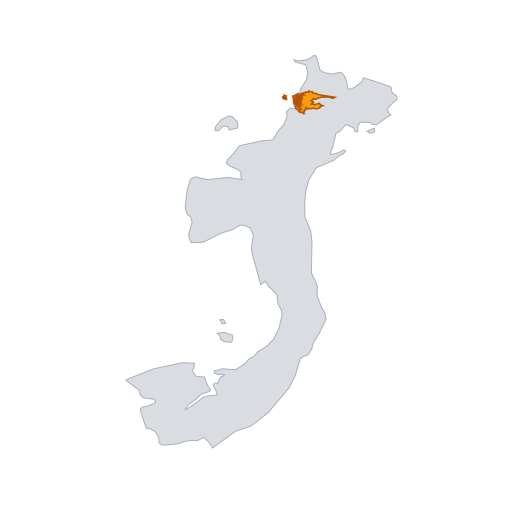 location of David, Chiriquí, Panama, rotated 108°
{"feature_id": "35544464B4717226524239", "entity_name": "David", "entity_type": "district", "adm_level": 2, "iso_a3": "PAN", "parent_name": "Panama", "parent_adm1": "Chiriquí", "projection": "mercator", "projection_center": [-82.37, 8.424], "detail": "fine", "context": "in_parent", "style": "filled", "palette": "amber", "viewbox_px": 512, "rotation_deg": 108, "n_neighbors": 0, "source": "geoboundaries", "source_scale": "gbopen_adm2", "svg_char_len": 8510}
<svg xmlns="http://www.w3.org/2000/svg" viewBox="0 0 512 512"><g transform="rotate(108 256 256)"><path d="M452.1,238.1L450.8,239.1L446.8,244.8L444.7,249.7L449.8,254.8L451.3,260.3L454.2,266.2L458.7,272.2L463.7,283.3L464.9,287.7L463.5,290.6L458.7,292.4L454.2,297.6L452.9,303.9L453.8,307.0L440.4,317.1L436.9,318.8L434.6,317.2L431.8,312.2L428.3,308.1L426.5,306.6L425.4,306.6L424.3,307.5L423.9,309.7L425.6,319.2L424.1,323.1L419.6,326.0L414.4,341.4L412.3,339.5L395.1,318.7L380.2,293.0L377.1,281.3L381.0,280.6L384.7,280.9L386.7,279.1L389.0,275.7L387.1,267.8L394.4,261.8L397.1,257.8L399.1,258.3L403.9,265.1L410.8,269.1L419.2,274.8L424.4,276.1L417.8,270.1L406.4,262.2L403.2,257.0L400.2,249.8L395.7,252.9L393.6,255.5L391.3,257.0L389.3,255.2L388.9,252.9L382.2,252.4L380.5,250.3L378.7,249.1L379.5,253.6L380.8,256.4L380.1,259.8L377.9,260.0L376.1,256.5L373.7,253.4L370.5,240.3L362.8,234.1L359.3,232.0L356.4,231.2L352.1,227.0L346.5,224.7L338.9,218.2L329.5,213.5L318.0,211.8L304.0,212.9L299.3,215.5L296.1,218.8L294.6,220.3L286.4,224.1L283.3,229.6L281.3,234.2L277.2,239.5L281.9,242.6L255.0,260.4L249.7,263.0L237.6,264.8L234.8,266.7L231.1,270.3L230.6,275.6L231.2,280.2L234.7,283.7L237.8,285.9L245.3,296.5L258.6,309.8L261.1,314.7L263.2,321.9L259.2,325.3L256.1,326.7L243.4,327.3L239.1,330.1L237.3,334.6L232.6,338.1L216.2,341.7L203.4,342.1L199.4,338.0L198.5,326.4L189.8,306.6L187.8,293.0L185.6,294.7L181.0,296.3L179.5,299.7L178.4,309.7L176.7,313.1L173.1,312.8L165.9,309.2L156.2,305.9L143.9,284.6L142.6,280.6L140.2,275.8L130.7,273.8L122.6,270.2L113.8,269.6L109.3,271.6L104.6,269.1L103.8,263.2L94.6,265.8L82.7,264.9L72.0,262.4L64.7,263.8L58.7,267.9L59.5,278.5L57.7,280.6L57.4,276.3L55.3,271.3L52.8,267.1L47.4,262.9L47.1,261.3L49.2,259.1L59.0,252.9L60.2,250.3L60.3,244.9L59.4,239.7L55.0,232.1L57.5,227.4L62.5,223.6L67.7,220.6L68.6,219.4L67.6,216.8L64.6,214.0L57.6,209.2L53.3,208.9L53.2,195.2L53.4,180.7L54.4,179.2L57.0,178.4L59.1,176.2L60.2,171.9L63.3,170.3L68.9,173.6L74.6,176.6L76.9,175.6L78.7,174.2L79.9,172.8L80.3,171.4L84.9,175.3L94.1,182.2L94.7,185.6L93.8,188.8L96.4,198.1L101.2,199.5L106.0,197.7L107.2,199.4L106.3,201.1L103.8,203.0L103.2,211.0L111.2,214.7L115.1,218.0L128.3,216.5L133.1,217.3L136.5,216.4L132.8,210.0L127.9,205.2L128.3,203.1L132.0,204.7L134.9,207.9L141.3,211.9L153.3,225.8L166.9,229.2L177.8,228.8L187.8,226.9L203.9,221.5L215.5,211.7L224.8,207.3L254.9,198.1L265.6,188.3L270.1,187.1L274.4,185.9L283.8,178.5L288.9,172.8L294.3,169.9L310.2,172.0L320.5,174.7L327.6,174.3L334.4,176.2L337.4,180.4L340.5,182.2L357.4,181.7L371.2,183.8L401.4,196.1L419.4,208.4L429.0,221.3L452.1,238.1ZM149.1,334.0L145.2,334.3L137.2,331.3L131.3,325.3L130.8,323.3L131.0,321.3L134.2,315.2L138.5,313.1L140.1,313.1L144.3,320.2L141.5,322.9L142.6,327.3L148.4,330.5L149.1,334.0ZM342.9,265.9L341.5,269.0L338.2,262.1L338.7,260.4L338.5,254.2L341.7,252.6L344.0,252.4L346.0,253.3L347.2,260.6L346.2,263.8L342.9,265.9ZM104.0,185.7L103.2,189.0L97.7,182.9L101.0,181.9L102.1,182.1L104.0,185.7ZM331.0,267.3L327.7,270.6L326.5,267.5L328.7,264.4L329.5,264.3L331.0,267.3Z" fill="#d9dde1" stroke="#a8b0b8" stroke-width="1"/><path d="M86.4,261.8L87.5,263.1L87.6,262.1L88.1,262.0L87.8,261.5L87.8,261.4L88.0,261.4L88.0,261.2L87.8,261.2L87.7,261.2L88.0,261.0L87.9,260.9L87.8,260.7L88.0,260.5L87.9,260.4L88.0,260.2L88.1,261.0L87.8,261.2L88.0,261.2L88.1,261.3L87.8,261.5L88.1,262.0L87.6,262.3L88.2,263.5L88.7,261.9L89.7,261.7L89.8,261.0L90.1,261.8L90.5,261.2L91.0,261.3L91.5,260.6L91.9,261.2L92.5,261.0L92.8,261.1L91.9,261.3L91.4,260.8L91.2,261.4L91.5,261.5L90.5,261.4L90.2,262.1L89.1,262.2L89.1,263.2L89.4,263.2L89.2,263.8L89.9,263.6L89.9,264.1L90.5,264.4L90.8,263.5L91.4,263.5L91.6,263.1L92.1,263.0L91.4,263.6L92.5,263.3L92.3,263.5L92.8,264.0L92.8,264.6L94.5,264.6L93.7,263.0L94.5,262.6L94.1,263.1L94.3,263.6L95.3,263.6L96.0,264.1L96.6,262.9L96.1,262.1L95.9,262.2L95.9,262.4L95.8,261.7L94.6,262.1L94.3,261.9L94.1,261.5L93.7,261.5L94.3,260.8L94.6,261.1L94.0,261.2L94.7,262.0L95.1,261.2L95.7,261.5L95.4,261.3L95.7,260.8L95.5,261.3L96.0,261.3L95.9,261.0L95.9,260.8L96.4,260.8L96.3,260.7L96.2,260.8L96.0,260.7L96.1,260.4L96.1,260.7L96.3,260.7L96.4,260.8L95.9,260.8L96.1,261.2L95.8,261.5L96.2,261.4L96.0,261.5L96.3,261.6L96.4,262.1L96.8,262.3L96.9,262.0L97.0,262.3L97.8,261.4L97.5,261.2L97.5,260.9L97.3,260.9L97.2,260.8L97.5,260.6L97.3,260.5L97.3,260.4L97.5,260.6L97.3,260.8L97.5,260.8L97.6,261.2L98.3,261.3L98.0,260.7L98.4,260.5L98.1,260.1L98.0,259.7L98.1,259.4L98.4,260.5L98.1,260.9L98.9,261.9L99.2,261.9L99.6,261.4L99.2,261.2L99.0,260.8L99.4,261.3L100.2,260.9L100.5,260.3L100.1,260.1L100.2,259.8L100.5,260.3L100.5,261.1L101.3,260.3L101.4,260.9L101.8,260.8L102.0,260.1L102.4,259.9L102.7,259.9L102.8,259.6L102.6,259.5L102.6,259.0L102.4,258.8L102.4,258.5L102.7,259.0L102.6,259.4L102.8,259.6L102.8,259.9L102.1,260.1L101.8,261.0L100.7,261.1L99.2,262.2L99.6,262.6L99.1,262.3L98.7,262.6L98.9,263.3L100.0,263.5L100.8,262.6L100.4,262.3L100.9,262.6L101.1,262.3L100.9,261.9L101.0,261.6L101.2,261.4L101.3,261.6L100.9,261.9L101.1,262.2L101.0,262.5L100.6,262.9L100.3,263.6L101.5,264.7L101.4,264.2L102.3,264.4L103.2,263.8L103.7,262.6L103.5,262.1L104.7,260.7L104.6,259.8L104.4,260.2L104.0,260.0L103.8,260.3L103.9,259.7L104.4,259.7L103.6,259.2L104.8,259.8L105.1,259.3L105.0,258.7L105.8,258.4L105.4,256.7L104.7,256.0L104.9,255.4L106.0,254.8L105.8,254.4L105.7,254.7L103.7,254.8L103.0,254.5L102.5,254.9L101.2,254.0L100.2,254.4L100.1,253.8L99.7,254.3L99.2,254.2L100.2,253.0L100.3,252.2L99.2,250.8L99.1,249.6L97.7,247.1L97.4,243.9L95.3,241.0L94.5,241.2L94.0,241.0L92.4,238.9L92.2,241.9L91.1,242.7L93.9,247.1L94.1,249.4L94.5,249.8L94.5,250.3L94.0,249.9L93.5,250.1L93.0,249.0L92.2,248.8L91.6,249.1L91.3,251.4L90.7,250.8L90.2,251.0L89.4,250.6L89.1,249.6L88.4,249.5L88.7,248.0L85.6,244.4L84.2,241.7L83.8,239.9L83.0,238.8L83.1,237.9L82.2,235.5L82.4,231.7L80.6,229.9L83.2,245.9L83.2,248.3L82.6,249.0L83.3,250.1L83.2,251.9L83.5,252.0L82.4,252.8L83.1,255.9L82.6,256.7L84.2,256.8L84.4,259.2L84.6,259.5L85.5,259.5L85.6,260.4L86.8,261.0L86.4,261.8ZM92.6,270.5L93.1,269.9L92.7,270.2L94.8,269.2L93.8,269.4L93.8,268.4L93.3,268.2L94.0,268.4L93.8,268.7L94.5,268.9L95.2,268.6L95.7,268.7L97.1,268.0L96.4,267.9L95.8,268.3L95.5,267.6L95.3,267.7L95.2,268.0L94.7,267.9L94.7,267.7L95.1,268.0L95.2,267.6L95.5,267.5L95.7,268.1L96.7,267.7L98.0,268.0L98.1,267.7L96.5,267.0L95.9,267.3L95.4,267.1L96.1,266.4L95.1,265.5L94.8,266.1L93.9,265.6L94.0,266.3L93.7,266.6L93.9,266.3L93.6,266.2L93.8,265.6L93.1,265.8L92.9,266.7L92.8,266.3L91.9,267.1L92.3,267.4L92.3,267.1L92.6,267.0L92.6,267.4L92.7,267.5L92.6,267.3L92.6,267.1L92.3,267.4L92.0,267.4L91.7,266.9L90.4,267.1L89.3,266.7L89.6,267.4L91.4,268.8L92.6,270.5ZM97.1,267.1L97.7,266.3L97.6,266.1L97.3,266.3L97.2,266.3L97.6,266.1L97.8,266.3L97.9,265.5L97.3,265.2L96.7,265.4L97.0,265.2L96.5,264.7L96.0,264.8L96.1,264.5L95.7,265.2L94.0,264.8L93.1,265.0L93.0,265.4L92.6,265.7L92.4,265.7L92.2,265.5L90.8,266.0L90.9,266.6L91.8,266.6L92.4,266.3L92.4,265.8L92.6,266.1L93.8,264.9L94.6,265.7L95.1,265.4L95.6,265.7L96.2,266.3L96.3,266.8L97.1,267.1ZM96.3,279.3L96.2,278.8L97.2,278.7L96.6,277.9L97.1,278.0L96.8,277.8L97.0,277.7L97.7,278.2L97.9,278.1L97.3,277.7L97.5,277.2L97.1,276.9L97.3,276.3L97.7,276.3L97.7,275.4L96.6,276.1L96.4,275.8L95.9,276.1L96.0,277.1L94.6,277.6L94.7,278.1L94.2,278.8L94.4,279.2L95.0,278.6L95.3,279.1L96.3,279.3ZM99.2,265.3L99.6,265.0L98.8,264.3L98.5,264.4L98.4,264.2L98.8,264.2L98.5,263.6L98.3,263.8L98.4,263.6L98.0,263.6L97.6,263.3L98.0,263.6L98.4,263.5L98.3,263.2L97.0,262.7L96.4,263.6L96.8,264.3L97.1,264.3L97.3,264.3L96.8,264.6L99.2,265.3ZM90.8,265.0L92.6,264.6L92.3,263.6L91.4,263.8L90.9,263.5L90.8,265.0ZM98.9,267.4L100.1,266.4L100.5,265.5L99.4,266.6L98.9,267.4ZM97.9,267.0L98.4,266.5L98.1,266.0L97.5,266.9L97.9,267.0ZM92.5,265.7L92.8,265.4L92.9,265.0L92.4,265.1L92.5,265.7ZM96.6,279.9L96.9,279.8L96.9,279.1L96.5,279.5L96.6,279.9ZM97.9,262.9L97.8,262.7L97.4,262.7L97.6,262.9L97.9,262.9ZM91.0,264.9L91.3,265.1L91.2,264.9L91.0,264.9ZM94.4,276.9L94.7,276.8L94.4,276.7L94.4,276.9ZM92.8,265.4L93.0,265.3L93.0,265.1L92.8,265.4ZM97.9,276.6L98.3,276.5L97.8,276.6L97.9,276.6ZM90.4,266.4L90.5,266.3L90.3,266.3L90.4,266.4ZM89.6,265.6L89.8,265.7L89.6,265.6ZM94.4,277.9L94.6,277.9L94.4,277.9ZM98.3,279.2L98.5,279.1L98.3,279.2L98.3,279.2ZM97.1,279.8L97.3,279.7L97.1,279.8ZM98.9,276.8L99.0,276.8L98.8,276.8L98.9,276.8ZM88.8,266.2L89.0,266.2L88.9,266.0L88.8,266.2ZM89.4,266.0L89.5,266.0L89.4,266.0ZM97.2,279.0L97.3,278.9L97.2,278.8L97.2,279.0ZM98.5,279.0L98.7,278.9L98.5,279.0ZM98.0,278.5L98.0,278.4L98.0,278.5Z" fill="#f59e0b" stroke="#b45309" stroke-width="1.5"/></g></svg>